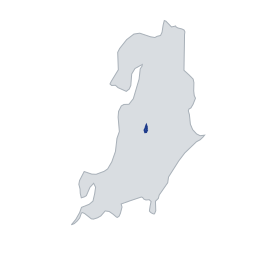 San Jose, San José, Costa Rica shown in context, rotated 71°
{"feature_id": "36466004B17043328523941", "entity_name": "San Jose", "entity_type": "district", "adm_level": 2, "iso_a3": "CRI", "parent_name": "Costa Rica", "parent_adm1": "San José", "projection": "albers", "projection_center": [-84.106, 9.936], "detail": "fine", "context": "in_parent", "style": "filled", "palette": "blue", "viewbox_px": 256, "rotation_deg": 71, "n_neighbors": 0, "source": "geoboundaries", "source_scale": "gbopen_adm2", "svg_char_len": 3023}
<svg xmlns="http://www.w3.org/2000/svg" viewBox="0 0 256 256"><g transform="rotate(71 128 128)"><path d="M217.8,130.9L217.5,131.9L216.6,132.9L215.3,134.0L213.5,134.8L209.2,132.6L205.0,130.1L202.7,131.3L201.9,134.5L200.3,136.2L198.4,136.8L197.6,137.9L197.5,148.9L197.6,159.2L200.8,159.4L206.1,162.9L208.4,165.0L209.1,167.0L208.5,167.9L204.6,170.2L200.8,173.0L199.0,176.6L202.3,182.3L203.0,186.2L202.9,190.3L202.0,192.2L194.7,196.9L193.1,198.6L193.3,199.8L197.3,203.0L199.3,206.1L200.9,209.9L201.1,213.1L197.4,207.1L192.3,201.3L187.9,197.8L187.5,189.5L185.7,184.9L179.1,180.8L173.4,177.9L169.1,178.5L171.7,183.3L178.4,189.4L178.9,191.8L178.8,194.9L174.2,194.4L170.1,193.2L165.2,192.8L161.9,190.9L154.9,183.6L159.8,177.3L161.4,173.2L161.2,164.7L160.1,160.6L154.7,154.3L146.1,147.5L134.2,141.8L128.5,137.3L114.5,133.8L109.2,131.5L105.0,127.2L104.4,124.2L105.9,119.4L102.0,113.4L85.4,101.6L76.1,97.2L74.1,94.6L72.6,93.8L74.0,102.0L78.1,106.9L88.7,111.5L91.6,114.2L92.8,117.7L86.6,124.3L83.5,126.0L82.5,129.6L80.5,130.7L78.4,128.6L69.8,118.2L53.1,113.1L50.1,110.0L44.0,100.5L41.1,91.8L42.2,86.0L49.1,77.0L51.2,73.1L50.8,70.7L51.1,67.1L48.5,64.6L42.2,61.3L38.2,58.7L39.3,57.4L46.6,54.0L47.0,50.8L47.0,49.8L48.2,49.6L49.2,48.7L49.9,47.9L51.9,44.8L53.6,43.1L55.6,42.9L58.0,44.1L67.2,47.4L77.3,51.1L91.7,56.3L97.7,53.0L102.9,50.5L106.5,50.9L114.3,53.8L118.9,54.8L121.8,54.5L126.8,58.8L129.5,62.0L129.9,64.2L131.4,65.4L135.3,65.6L144.8,67.8L150.6,67.4L155.9,65.1L158.8,62.3L159.7,57.9L161.0,60.0L162.6,63.5L163.3,67.8L170.1,82.5L175.6,90.7L187.5,105.6L192.7,108.3L201.5,120.3L204.5,122.3L206.2,125.9L215.3,128.7L217.8,130.9Z" fill="#d9dde1" stroke="#a8b0b8" stroke-width="1"/><path d="M136.3,111.2L136.2,111.2L136.1,110.9L135.9,110.9L135.9,111.0L135.8,110.9L135.7,110.9L135.7,110.7L135.3,110.6L135.2,110.5L135.3,110.4L135.2,110.3L134.9,110.3L134.8,110.2L134.7,110.1L134.4,110.1L134.2,110.0L133.9,110.0L133.8,109.9L133.7,109.9L133.4,109.8L133.2,109.8L132.9,109.9L132.9,110.0L132.7,110.0L132.6,109.9L132.4,109.9L132.2,109.8L132.2,109.7L132.0,109.8L131.9,109.8L131.7,109.8L131.4,109.8L131.3,109.7L131.2,109.6L130.9,109.6L131.0,109.7L131.2,109.8L131.3,109.9L131.5,110.0L131.7,110.3L131.8,110.4L132.0,110.4L132.0,110.5L132.3,110.7L132.4,110.8L132.5,110.9L132.6,111.0L132.8,111.0L132.7,111.0L132.8,111.1L133.0,111.3L133.3,111.3L133.5,111.3L133.8,111.4L133.8,111.5L133.9,111.8L134.0,111.8L134.1,111.7L134.1,111.8L134.3,112.1L134.4,112.3L134.5,112.5L134.7,112.8L134.8,112.8L135.0,112.9L135.1,113.0L135.3,113.1L135.4,113.3L135.5,113.3L135.8,113.3L135.9,113.2L136.0,113.2L136.0,113.3L136.0,113.2L136.2,113.3L136.3,113.2L136.5,113.1L136.8,113.1L137.0,113.2L136.9,113.2L137.0,113.2L137.0,113.3L137.3,113.3L137.5,113.4L137.8,113.4L137.9,113.2L137.9,113.3L137.9,113.2L137.8,112.9L137.7,112.9L137.7,112.7L137.8,112.5L137.8,112.4L137.9,112.2L137.7,112.2L137.4,112.0L137.3,111.9L137.2,111.9L137.1,111.7L137.2,111.3L137.1,111.2L137.1,111.3L136.9,111.2L136.7,111.3L136.3,111.2L136.3,111.2Z" fill="#3b82f6" stroke="#1e3a8a" stroke-width="1.5"/></g></svg>